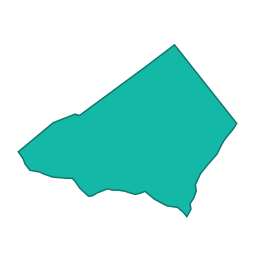 the district of Timbaúba dos Batistas, Rio Grande do Norte, Brazil, rotated 93°
{"feature_id": "56859067B13745413884516", "entity_name": "Timbaúba dos Batistas", "entity_type": "district", "adm_level": 2, "iso_a3": "BRA", "parent_name": "Brazil", "parent_adm1": "Rio Grande do Norte", "projection": "mercator", "projection_center": [-37.223, -6.487], "detail": "fine", "context": "isolated", "style": "filled", "palette": "teal", "viewbox_px": 256, "rotation_deg": 93, "n_neighbors": 0, "source": "geoboundaries", "source_scale": "gbopen_adm2", "svg_char_len": 744}
<svg xmlns="http://www.w3.org/2000/svg" viewBox="0 0 256 256"><g transform="rotate(93 128 128)"><path d="M213.5,64.7L209.7,62.7L205.6,60.9L200.4,62.1L194.7,58.8L187.2,56.5L181.2,57.8L169.5,53.1L160.5,46.5L149.7,38.0L140.9,34.1L136.1,31.8L131.8,29.0L125.6,24.4L122.4,22.2L117.7,19.7L81.3,51.8L42.5,85.9L66.0,113.7L118.1,177.2L116.9,181.5L120.6,189.5L122.6,194.1L126.7,203.0L157.5,236.3L164.4,231.0L169.3,228.9L175.3,223.8L176.6,213.8L178.5,209.3L181.0,200.4L181.4,186.0L181.2,181.0L184.3,177.8L190.8,172.8L198.2,163.9L197.6,160.1L194.5,155.5L189.8,145.2L190.8,140.5L190.6,134.3L191.2,128.5L193.9,117.6L192.7,112.9L190.4,107.7L198.0,97.4L203.7,85.0L204.7,74.3L209.7,67.9L213.5,64.7Z" fill="#14b8a6" stroke="#0f766e" stroke-width="1.5"/></g></svg>